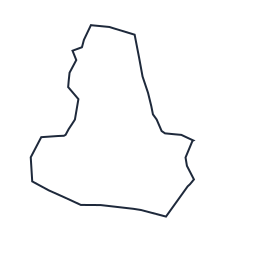 outline of Xuld, Dundgovi, Mongolia, rotated 22°
{"feature_id": "93677404B62484522824212", "entity_name": "Xuld", "entity_type": "district", "adm_level": 2, "iso_a3": "MNG", "parent_name": "Mongolia", "parent_adm1": "Dundgovi", "projection": "natural_earth1", "projection_center": [105.477, 45.18], "detail": "fine", "context": "isolated", "style": "outline", "palette": "slate", "viewbox_px": 256, "rotation_deg": 22, "n_neighbors": 0, "source": "geoboundaries", "source_scale": "gbopen_adm2", "svg_char_len": 724}
<svg xmlns="http://www.w3.org/2000/svg" viewBox="0 0 256 256"><g transform="rotate(22 128 128)"><path d="M113.1,217.0L131.5,209.7L163.3,200.9L170.6,199.2L196.4,195.9L205.2,159.7L206.5,157.0L208.4,151.0L196.8,141.0L192.4,133.8L192.6,115.8L193.2,115.1L187.3,114.8L180.0,114.4L174.1,116.2L164.3,119.1L160.3,118.2L151.4,109.4L146.0,106.0L141.4,99.0L133.4,87.9L122.2,74.8L112.3,59.2L99.2,39.0L76.9,41.0L72.9,41.3L56.7,46.1L55.1,46.5L54.1,62.8L55.0,69.9L55.0,70.4L47.6,77.1L54.6,84.4L53.1,98.6L55.2,106.0L57.2,112.5L71.2,119.8L75.6,140.0L75.3,141.8L73.4,151.3L72.7,157.7L71.5,159.2L66.0,161.7L51.0,169.0L48.8,191.6L59.2,213.4L77.9,215.5L91.5,216.0L92.2,216.0L113.1,217.0Z" fill="none" stroke="#1e293b" stroke-width="2"/></g></svg>